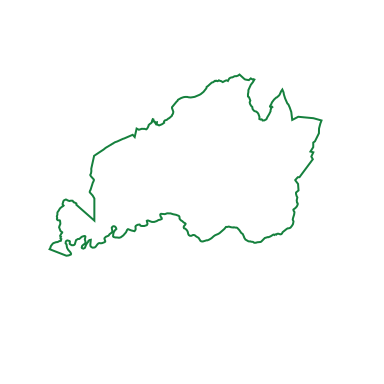 the district of Santiago Camotlán, Oaxaca, Mexico, rotated 228°
{"feature_id": "50627088B23494888304599", "entity_name": "Santiago Camotlán", "entity_type": "district", "adm_level": 2, "iso_a3": "MEX", "parent_name": "Mexico", "parent_adm1": "Oaxaca", "projection": "equal_earth", "projection_center": [-96.155, 17.545], "detail": "fine", "context": "isolated", "style": "outline", "palette": "green", "viewbox_px": 384, "rotation_deg": 228, "n_neighbors": 0, "source": "geoboundaries", "source_scale": "gbopen_adm2", "svg_char_len": 6032}
<svg xmlns="http://www.w3.org/2000/svg" viewBox="0 0 384 384"><g transform="rotate(228 192 192)"><path d="M237.1,311.7L237.1,309.1L239.5,307.2L240.5,306.6L247.5,305.9L247.7,304.1L248.4,302.4L249.3,301.5L249.7,300.6L250.1,298.8L250.7,298.1L251.2,297.0L251.4,295.6L250.5,293.0L251.2,292.8L252.0,292.2L252.4,291.2L253.1,288.4L254.8,287.9L256.0,287.1L257.0,286.7L257.0,285.9L257.3,285.1L258.6,284.4L258.6,283.8L259.3,283.3L259.4,281.3L260.0,280.1L260.1,278.8L260.1,274.7L260.3,273.2L259.7,272.5L259.4,271.7L258.7,267.5L258.9,264.0L259.2,262.6L260.9,257.7L261.7,256.4L263.1,254.3L264.6,252.9L265.8,252.1L267.1,250.7L268.1,249.2L269.1,246.8L269.9,243.3L269.4,242.0L269.5,241.2L268.4,233.9L267.8,233.3L264.1,231.8L263.3,230.8L262.8,229.9L262.6,228.8L262.1,228.2L262.1,224.4L262.4,223.8L262.5,221.5L263.3,219.8L263.3,219.3L263.1,218.4L262.5,217.7L262.1,217.6L262.2,216.6L262.5,214.8L263.5,212.1L265.2,211.4L266.1,210.6L266.8,210.7L266.8,212.1L267.3,212.6L268.0,211.3L268.4,211.0L268.8,211.4L269.7,211.3L270.1,210.7L271.8,211.9L272.4,211.6L271.8,210.3L270.6,208.5L270.6,207.2L270.8,206.0L270.7,204.5L270.3,204.1L269.5,202.3L269.1,200.7L269.2,199.9L270.8,198.9L271.6,197.9L272.5,197.1L273.8,194.2L276.2,193.3L271.2,186.2L274.2,186.2L277.2,177.3L277.7,176.3L279.6,170.2L280.5,168.1L282.6,157.3L282.7,154.8L284.4,143.5L276.7,132.7L274.9,131.2L273.9,130.0L273.3,129.2L272.9,128.0L272.6,127.7L271.2,127.4L267.0,127.4L266.5,127.1L265.7,125.7L265.4,124.7L261.4,117.9L261.3,117.3L260.5,116.0L260.1,115.8L255.8,115.8L252.5,115.1L236.1,100.3L259.9,97.5L260.5,98.2L261.0,98.4L262.1,97.9L263.0,97.7L263.5,97.2L265.4,97.4L266.6,96.2L267.3,94.9L269.1,93.9L270.3,93.6L270.9,93.1L271.4,91.5L271.4,90.8L271.0,89.8L270.4,89.1L270.1,88.3L269.4,87.6L267.8,87.5L267.8,86.6L268.1,85.9L268.0,85.3L268.2,83.6L267.9,82.0L267.3,80.3L267.1,79.0L266.6,78.0L265.2,76.8L264.4,75.3L262.8,74.4L262.5,73.7L262.1,73.4L261.1,73.3L260.5,73.6L259.5,74.7L258.8,74.6L256.7,73.1L256.2,72.5L255.5,70.9L254.7,69.6L251.1,68.2L248.9,68.6L248.6,68.2L248.6,67.3L247.7,64.7L247.3,64.5L246.4,64.7L245.9,63.5L245.4,63.1L244.5,63.4L243.5,61.9L244.3,60.5L244.6,59.1L245.1,58.0L245.6,57.6L246.2,56.1L246.7,54.8L246.8,54.0L246.3,51.2L245.8,50.1L245.3,49.5L244.8,47.9L228.7,56.0L227.4,57.9L226.9,59.3L226.6,60.1L226.9,60.7L227.5,61.0L228.8,61.3L232.0,61.3L234.0,61.8L235.3,62.5L237.0,63.7L238.4,63.7L239.4,64.8L239.7,65.5L239.7,66.3L239.4,67.0L237.5,68.2L236.9,68.1L235.4,66.5L234.9,66.4L233.0,67.0L232.0,68.0L231.6,68.8L231.5,69.3L231.6,70.0L233.8,73.6L233.4,75.8L232.5,76.9L232.5,79.9L232.3,80.6L231.6,82.1L231.0,82.9L230.3,83.0L229.4,82.0L228.5,80.6L226.5,79.7L225.6,78.7L225.3,78.0L225.2,77.2L225.5,76.5L225.5,75.0L225.4,74.1L224.4,72.8L224.0,72.7L223.6,72.8L222.6,73.4L222.3,74.5L222.2,75.1L223.5,77.7L224.2,79.8L224.4,81.3L224.9,82.1L224.9,83.6L224.2,84.8L220.8,81.1L219.8,80.4L218.3,80.4L217.0,81.0L215.9,82.6L215.8,83.8L216.4,86.8L216.4,88.0L216.1,88.9L214.9,89.9L214.1,91.1L213.2,93.5L213.2,94.3L213.8,94.8L215.6,95.5L216.2,96.0L216.4,97.9L215.4,100.8L215.8,102.5L215.6,104.7L215.9,106.3L216.3,106.8L217.2,107.2L219.1,108.4L219.4,109.4L219.3,110.4L219.0,110.9L218.2,111.5L217.4,111.7L216.0,111.5L215.1,111.0L215.1,109.0L214.4,106.8L213.4,105.3L211.9,103.7L211.1,103.6L209.5,104.6L208.2,106.0L206.9,107.1L206.5,107.7L206.0,108.8L205.7,111.9L206.2,116.0L207.3,118.6L207.2,119.6L204.0,121.2L201.4,123.0L201.5,124.1L202.1,125.3L204.2,126.9L204.4,127.6L204.3,128.5L204.0,129.7L202.9,131.3L201.5,131.2L200.7,131.6L198.7,133.7L197.6,136.2L197.8,137.0L198.2,137.7L200.8,139.1L200.7,139.7L200.2,140.3L196.7,142.1L195.1,143.8L194.0,146.3L193.6,148.4L192.8,149.7L192.3,151.1L192.2,151.4L192.5,151.8L193.3,152.2L194.6,152.2L196.3,153.1L196.6,153.6L196.5,154.4L193.7,157.0L192.8,159.2L190.5,161.7L188.1,163.1L185.7,164.9L183.1,166.2L182.5,166.2L181.8,166.0L180.5,164.9L179.4,164.8L178.3,164.8L176.8,165.3L175.1,165.4L173.3,166.0L172.7,166.0L172.3,165.4L172.0,163.2L171.5,162.3L171.1,162.1L170.4,161.8L169.1,162.5L167.0,162.6L165.5,162.3L163.3,161.1L162.1,160.8L160.8,161.2L160.4,161.6L159.9,162.2L159.4,163.9L158.8,164.6L158.0,165.1L156.0,165.4L153.5,166.2L150.0,165.6L149.1,165.9L148.0,166.9L146.3,170.6L145.7,171.2L145.1,173.0L144.6,175.6L144.6,178.5L144.4,180.2L143.3,183.4L143.0,184.9L142.9,191.3L143.3,193.9L142.3,195.0L141.7,196.2L139.6,197.5L137.9,199.0L137.8,199.5L136.4,200.5L135.8,201.2L135.1,201.6L132.2,201.7L128.6,201.2L126.8,201.6L123.7,200.6L123.3,200.3L120.9,199.9L117.7,200.9L117.0,201.4L116.3,202.3L115.6,202.6L114.3,203.8L113.6,204.1L112.8,204.2L112.3,204.6L111.5,205.6L111.0,206.8L109.0,209.5L108.8,210.3L109.1,215.3L107.8,218.1L107.3,218.5L106.5,220.6L105.9,224.0L105.3,224.5L104.9,224.5L104.7,225.5L104.4,226.1L103.9,226.2L103.9,227.4L103.3,228.2L101.4,229.3L101.2,229.9L100.9,230.2L101.0,231.3L101.5,232.5L101.2,237.4L101.0,238.7L100.2,239.7L99.6,241.3L100.0,243.7L100.5,245.4L101.4,246.7L102.3,247.8L104.0,248.3L105.0,249.6L106.9,252.8L108.5,254.7L110.2,255.0L111.1,255.6L110.9,258.2L111.1,260.2L111.7,261.6L112.3,262.6L113.0,263.0L113.8,262.9L115.8,264.3L117.5,266.7L118.9,267.0L121.1,268.1L122.0,269.0L121.9,272.2L127.0,276.2L131.6,276.6L131.8,276.7L132.2,280.5L131.1,281.8L135.5,303.7L138.5,304.4L140.3,308.7L142.8,307.1L144.2,312.1L147.6,315.2L147.4,317.3L150.7,325.6L154.2,328.9L157.0,333.2L158.5,336.1L165.6,331.6L176.8,321.3L178.5,314.7L185.0,319.3L189.5,321.2L192.6,322.2L194.0,322.1L199.2,323.8L202.9,325.5L204.8,326.7L207.7,327.7L207.2,325.6L205.8,322.5L205.5,321.4L205.5,318.5L205.8,317.8L205.8,314.9L205.1,311.4L204.2,309.5L203.6,307.5L203.4,307.2L202.5,307.1L201.9,308.5L201.4,308.5L201.5,307.4L200.3,305.2L199.4,304.4L198.2,301.4L197.2,298.1L196.3,296.0L196.8,293.7L197.9,292.3L198.7,292.5L199.4,292.4L200.0,291.4L201.2,290.9L202.7,292.4L205.6,293.6L207.2,293.8L208.9,293.5L209.7,292.9L211.1,292.4L213.2,292.6L214.9,293.7L216.6,293.6L218.7,294.1L220.1,294.9L220.9,296.5L224.3,297.8L225.5,297.5L227.3,299.1L228.5,300.7L230.0,302.1L232.3,307.4L232.9,310.8L233.8,313.6L234.7,313.2L235.1,312.3L237.1,311.7Z" fill="none" stroke="#15803d" stroke-width="2"/></g></svg>